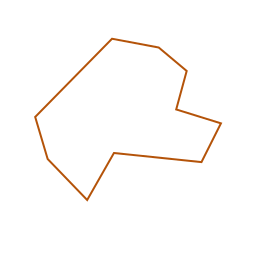 map outline of Jekabpils (orthographic projection), rotated 40°
{"feature_id": "LVA-1085", "entity_name": "Jekabpils", "entity_type": "Republican City", "adm_level": 1, "iso_a3": "LVA", "parent_name": "Latvia", "parent_adm1": "", "projection": "orthographic", "projection_center": [25.867, 56.506], "detail": "fine", "context": "isolated", "style": "outline", "palette": "amber", "viewbox_px": 256, "rotation_deg": 40, "n_neighbors": 0, "source": "natural_earth", "source_scale": "10m", "svg_char_len": 287}
<svg xmlns="http://www.w3.org/2000/svg" viewBox="0 0 256 256"><g transform="rotate(40 128 128)"><path d="M49.8,179.2L58.4,69.9L99.8,46.6L136.3,46.6L153.0,82.8L196.2,64.7L206.2,106.9L133.3,156.2L143.0,209.4L86.4,203.4L49.8,179.2Z" fill="none" stroke="#b45309" stroke-width="2"/></g></svg>